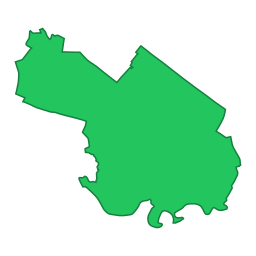 Quang Dien, Thừa Thiên - Huế, Vietnam (orthographic projection)
{"feature_id": "81297802B21993860278161", "entity_name": "Quang Dien", "entity_type": "district", "adm_level": 2, "iso_a3": "VNM", "parent_name": "Vietnam", "parent_adm1": "Thừa Thiên - Huế", "projection": "orthographic", "projection_center": [107.498, 16.59], "detail": "fine", "context": "isolated", "style": "filled", "palette": "green", "viewbox_px": 256, "rotation_deg": 0, "n_neighbors": 0, "source": "geoboundaries", "source_scale": "gbopen_adm2", "svg_char_len": 5492}
<svg xmlns="http://www.w3.org/2000/svg" viewBox="0 0 256 256"><path d="M225.4,109.4L219.4,105.2L214.7,101.9L206.5,95.7L195.3,87.6L182.4,77.9L175.2,72.3L173.9,71.3L162.5,62.4L159.1,59.9L151.7,54.4L146.5,50.2L140.9,45.9L140.5,46.3L136.9,50.9L135.8,52.3L136.9,53.1L137.8,53.8L136.9,54.7L135.0,57.1L131.8,61.0L131.3,61.6L132.2,62.4L130.4,65.5L132.7,67.3L131.6,68.5L130.2,67.4L128.1,69.7L121.4,77.0L116.8,82.5L109.1,76.5L103.7,72.3L96.6,66.5L89.7,61.9L86.8,59.6L79.8,52.2L75.8,52.2L74.3,52.2L62.2,51.9L63.4,43.7L64.2,38.5L58.6,35.6L57.6,35.3L56.7,35.4L56.0,35.5L55.4,36.0L55.0,36.2L53.6,35.1L52.8,34.6L52.5,34.5L51.9,35.0L51.5,35.7L51.2,37.6L50.3,38.9L49.9,39.4L48.8,38.4L48.2,37.6L47.1,36.2L46.4,34.5L46.1,33.8L46.1,33.6L45.7,32.7L45.5,32.1L45.0,31.3L43.9,30.2L42.7,28.5L39.7,29.7L40.9,32.9L37.0,33.0L36.7,33.0L33.9,33.2L32.8,33.0L32.2,32.6L30.4,30.8L29.7,31.4L29.5,35.2L29.1,38.3L28.9,38.6L28.8,38.8L26.6,42.3L26.2,43.5L26.1,44.2L26.2,44.7L27.4,45.8L28.7,46.5L29.8,47.1L31.6,48.1L31.0,48.6L30.3,49.3L28.1,52.1L27.3,53.2L23.0,58.8L21.9,59.8L15.4,61.9L16.8,66.4L18.6,72.1L18.8,74.0L18.6,78.6L18.4,81.8L16.9,89.5L15.8,93.9L22.6,96.8L24.9,97.8L24.3,99.0L23.2,101.1L22.9,101.7L25.2,102.4L31.2,105.0L31.7,105.3L32.7,105.8L36.4,107.5L37.1,107.8L38.2,108.1L39.8,108.6L44.5,110.1L47.2,110.9L49.9,111.8L52.6,112.2L54.2,112.3L56.0,112.6L59.0,113.7L66.0,115.6L69.2,116.4L76.0,118.1L82.0,119.8L86.3,121.3L85.9,123.4L85.4,125.8L83.8,129.2L82.5,132.3L85.2,135.1L87.9,138.1L88.2,138.6L88.7,141.4L89.4,146.6L88.1,147.3L85.1,148.7L85.1,149.2L85.1,149.7L85.2,150.2L85.3,151.3L85.4,151.8L85.4,152.1L85.5,152.4L85.9,152.5L86.7,152.5L87.4,152.5L88.1,152.6L88.5,152.6L88.8,152.7L89.1,152.8L89.3,153.0L89.5,153.2L90.0,153.4L90.5,153.8L91.4,154.3L91.7,154.4L91.8,154.5L92.1,154.5L92.9,154.5L93.1,154.5L93.4,154.6L93.5,154.7L93.6,154.9L93.7,155.2L93.8,155.5L94.0,155.8L94.1,156.2L94.4,156.4L94.6,156.6L94.9,156.8L95.1,157.1L95.5,157.9L96.2,159.6L96.5,160.0L95.9,160.8L96.2,161.2L96.6,161.5L97.2,161.8L97.8,162.0L98.3,162.7L98.4,163.0L98.4,163.4L98.2,165.3L98.1,165.5L97.5,166.1L97.3,166.3L97.2,166.6L97.1,167.0L97.2,167.3L97.4,167.8L97.8,169.5L98.2,169.5L98.5,169.6L98.7,169.9L98.4,170.6L97.7,171.6L97.2,172.2L96.9,172.5L96.5,173.3L96.6,174.7L96.6,176.2L96.8,178.1L96.6,179.6L96.2,180.2L95.9,182.3L93.7,181.7L93.2,181.6L92.6,181.6L92.1,181.7L91.6,181.9L91.0,182.0L90.4,182.0L90.1,181.9L89.4,181.6L88.9,181.1L88.6,180.8L87.4,178.3L87.0,177.7L86.7,177.3L86.4,177.0L86.0,176.7L85.6,176.5L85.2,176.4L84.9,176.3L84.6,176.4L84.2,176.7L83.3,177.5L82.9,177.6L82.4,177.8L81.6,177.7L81.1,177.7L80.5,177.6L79.6,177.6L79.4,177.7L79.1,177.9L78.9,178.2L79.0,178.8L80.3,182.0L82.9,186.9L84.6,186.7L85.6,186.9L86.6,187.5L91.0,191.5L95.0,195.4L97.4,198.2L99.5,201.5L101.4,204.9L103.4,208.7L104.3,210.0L105.7,211.5L107.3,212.8L108.6,213.7L109.8,214.1L112.0,214.5L114.6,214.9L116.0,215.1L120.0,215.6L123.3,215.6L127.5,215.1L130.5,214.7L132.2,214.1L133.9,212.5L136.7,209.0L138.6,206.1L139.7,203.4L140.7,202.4L141.9,201.5L144.3,200.8L146.6,200.6L148.5,199.9L149.6,199.5L150.2,199.4L150.7,200.1L151.0,200.6L151.0,201.9L150.9,202.7L151.2,203.5L152.2,204.6L153.7,205.6L154.1,206.3L154.0,206.8L153.3,207.4L152.5,207.9L151.5,209.0L150.9,210.5L149.6,212.9L148.4,215.4L148.0,217.5L147.9,219.0L148.3,221.7L148.7,223.0L149.7,224.6L151.0,225.6L152.9,226.5L154.8,227.1L155.5,227.3L156.2,227.5L157.2,227.5L158.4,227.5L159.8,227.1L160.9,226.5L161.7,225.9L162.1,225.2L162.2,224.6L162.1,224.1L161.6,223.7L160.9,223.6L159.6,223.3L158.7,223.0L158.2,222.6L158.2,222.1L158.4,220.0L158.8,218.4L160.2,214.9L161.3,212.7L162.2,211.7L163.2,211.0L164.1,210.7L165.3,210.8L166.7,211.2L167.9,211.7L169.7,212.7L171.4,214.2L172.4,215.5L173.0,217.0L173.6,219.1L173.5,221.2L173.1,222.9L174.1,223.0L174.9,223.0L175.5,223.0L176.4,222.6L176.9,222.3L179.9,221.2L183.5,218.7L183.1,218.0L182.7,217.6L182.1,217.5L181.2,217.5L179.7,217.8L178.7,217.8L177.6,217.8L176.3,217.5L175.6,217.0L174.7,215.8L174.5,214.6L174.6,213.4L174.9,212.8L175.6,212.2L178.0,210.8L180.5,209.4L182.7,207.9L184.1,206.2L185.6,205.0L186.6,204.4L188.3,204.0L190.0,203.8L191.4,203.8L191.7,203.8L193.2,203.8L194.5,203.8L196.6,204.1L198.3,204.7L199.9,205.5L201.2,206.6L202.9,209.2L204.0,211.6L205.0,213.4L205.9,214.2L206.7,214.3L207.8,214.4L208.7,214.1L209.4,213.7L210.3,212.4L210.5,212.0L211.5,210.2L212.5,208.4L213.0,207.9L213.7,207.7L214.3,207.7L216.0,208.7L217.6,209.7L218.8,210.1L220.4,210.4L222.4,210.2L224.5,209.7L226.7,209.0L227.2,208.1L227.3,207.6L227.2,207.2L227.0,206.7L226.7,206.4L226.5,206.1L226.1,205.7L225.9,205.6L225.6,205.4L224.9,205.1L224.4,204.8L224.2,204.7L223.9,204.2L223.9,203.7L224.0,203.1L224.1,202.8L225.1,201.9L226.4,200.8L226.7,200.1L226.7,199.7L226.5,199.2L226.3,199.0L226.2,198.6L226.3,198.2L229.2,193.6L232.1,188.3L232.2,187.9L232.0,187.4L231.7,186.3L231.7,185.8L231.8,185.4L232.3,184.6L233.0,183.6L233.5,182.6L234.4,181.4L235.0,180.0L235.9,178.1L236.9,176.3L237.4,175.0L237.6,173.9L237.7,172.2L237.4,171.3L236.7,169.8L236.2,168.2L236.1,167.4L236.2,167.1L236.6,166.9L237.5,166.6L238.5,166.4L239.2,166.3L239.8,165.6L240.5,165.3L240.6,164.9L240.5,164.5L240.4,163.7L240.3,163.4L240.0,160.5L239.8,159.3L239.7,158.9L238.6,156.8L237.8,155.4L235.8,151.9L233.0,146.9L232.0,143.5L230.7,136.7L226.0,137.7L225.6,137.4L222.6,135.4L220.2,133.7L216.1,131.1L216.8,130.0L218.9,126.5L220.9,123.0L222.4,119.9L222.7,119.4L223.0,118.7L224.0,116.1L224.1,115.8L224.2,115.0L224.5,114.2L224.7,113.4L224.9,112.2L225.2,111.0L225.3,109.7L225.4,109.4Z" fill="#22c55e" stroke="#15803d" stroke-width="1.5"/></svg>